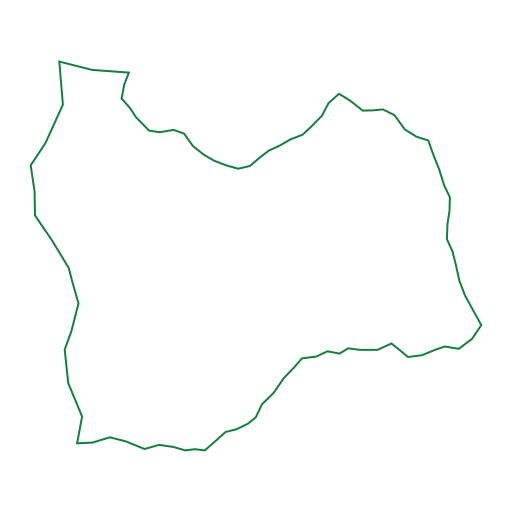 the district of Zabelê, Paraíba, Brazil
{"feature_id": "56859067B18292318839761", "entity_name": "Zabelê", "entity_type": "district", "adm_level": 2, "iso_a3": "BRA", "parent_name": "Brazil", "parent_adm1": "Paraíba", "projection": "robinson", "projection_center": [-37.088, -8.075], "detail": "fine", "context": "isolated", "style": "outline", "palette": "green", "viewbox_px": 512, "rotation_deg": 0, "n_neighbors": 0, "source": "geoboundaries", "source_scale": "gbopen_adm2", "svg_char_len": 1242}
<svg xmlns="http://www.w3.org/2000/svg" viewBox="0 0 512 512"><path d="M59.3,61.6L62.9,104.6L45.5,143.0L30.7,165.3L34.6,191.7L35.0,215.4L52.2,240.7L68.8,268.1L72.4,282.1L78.5,303.5L71.4,331.1L64.7,349.5L68.2,383.0L82.1,416.6L77.1,443.3L92.3,442.6L109.9,437.3L125.9,441.4L144.5,449.0L159.1,444.9L173.2,446.9L185.2,450.4L194.9,449.2L204.8,450.4L215.1,441.4L225.6,432.0L236.6,429.2L247.9,423.7L255.8,417.3L261.9,404.4L274.0,392.5L283.7,378.2L294.3,367.2L301.9,358.4L316.1,356.6L327.5,351.3L339.4,353.6L348.3,348.3L360.2,349.9L377.4,349.9L391.4,343.5L399.5,349.9L408.0,357.0L422.0,355.2L434.9,349.9L444.8,346.5L458.8,348.8L472.0,338.9L481.3,325.1L473.8,311.5L465.1,295.7L459.4,280.9L455.8,264.6L452.5,251.5L446.9,239.1L447.5,223.7L449.5,210.8L449.9,197.3L444.2,185.5L439.2,169.4L433.5,155.2L428.3,140.5L416.3,136.6L404.8,129.4L394.5,115.2L382.9,109.4L372.6,110.4L362.7,110.6L349.9,100.5L339.0,93.8L328.5,103.2L321.8,115.9L310.9,126.9L302.6,134.7L290.6,139.3L279.3,145.8L268.8,150.6L260.5,157.0L249.9,166.0L238.2,168.7L226.0,165.3L214.1,160.7L203.8,154.7L192.9,146.0L184.1,133.6L173.6,129.9L159.7,132.2L149.1,130.6L135.8,117.0L130.1,108.1L121.6,98.6L124.2,84.6L128.9,72.6L92.0,69.9L59.3,61.6Z" fill="none" stroke="#15803d" stroke-width="2"/></svg>